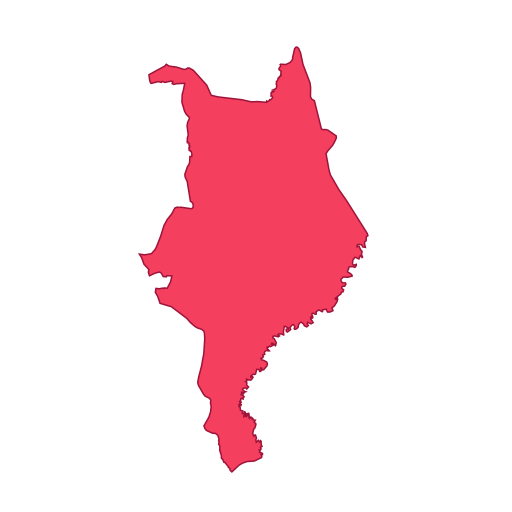 Uthumphon Phisai, Si Sa Ket, Thailand (Robinson projection), rotated 348°
{"feature_id": "78962969B73253531385029", "entity_name": "Uthumphon Phisai", "entity_type": "district", "adm_level": 2, "iso_a3": "THA", "parent_name": "Thailand", "parent_adm1": "Si Sa Ket", "projection": "robinson", "projection_center": [104.158, 15.11], "detail": "fine", "context": "isolated", "style": "filled", "palette": "rose", "viewbox_px": 512, "rotation_deg": 348, "n_neighbors": 0, "source": "geoboundaries", "source_scale": "gbopen_adm2", "svg_char_len": 6100}
<svg xmlns="http://www.w3.org/2000/svg" viewBox="0 0 512 512"><g transform="rotate(348 256 256)"><path d="M189.0,56.4L188.5,61.6L188.7,64.2L189.3,65.4L196.6,65.1L199.5,66.5L200.5,65.7L203.0,67.3L209.6,67.3L210.9,68.0L209.8,69.9L211.1,71.0L214.3,71.0L222.2,72.3L219.1,79.5L217.4,82.6L215.5,90.2L216.2,99.6L217.3,103.0L219.5,106.5L219.5,107.5L216.8,111.3L215.6,114.5L214.9,123.5L213.4,126.3L212.5,129.7L212.9,130.0L212.4,130.9L214.0,131.8L213.5,133.7L214.0,134.1L213.9,135.5L213.7,136.0L213.0,135.8L212.6,138.6L213.3,138.8L213.5,139.8L214.3,140.1L214.5,142.8L213.8,145.4L212.1,144.9L210.5,150.6L208.9,153.3L207.8,153.9L203.4,161.2L203.1,163.9L204.2,169.0L203.2,189.0L204.0,189.4L205.3,191.5L204.7,195.2L203.5,196.2L202.0,196.1L192.5,192.6L190.6,192.5L189.4,191.8L186.6,192.2L182.3,197.3L176.9,201.7L172.4,206.9L166.9,216.7L160.7,226.2L158.6,228.7L154.2,232.0L147.3,231.7L142.3,229.9L143.8,233.9L144.7,240.7L148.4,247.0L147.3,249.5L147.7,253.2L153.7,251.8L158.3,251.6L159.8,253.0L161.0,256.9L164.1,257.7L164.6,256.7L169.6,258.0L167.0,263.6L162.4,269.1L159.5,268.1L159.2,268.6L157.3,267.9L154.9,268.0L151.4,266.9L150.0,270.6L151.4,274.9L152.3,282.4L162.7,288.0L175.4,302.7L178.1,307.6L181.4,312.0L183.5,314.0L187.8,316.6L189.4,318.8L189.5,320.4L188.7,326.2L184.7,340.4L179.9,352.2L174.8,362.4L172.7,367.5L172.8,370.5L175.9,380.2L177.1,382.5L180.6,385.2L181.9,387.6L180.9,390.3L180.9,393.7L179.2,398.9L176.4,403.8L169.7,411.4L170.3,414.6L171.3,416.4L176.6,420.3L179.5,421.1L181.4,423.5L181.7,427.4L181.0,429.0L181.3,430.2L180.3,432.2L181.1,434.4L180.0,439.0L180.6,440.1L180.2,441.2L180.6,442.6L180.5,445.3L180.1,446.1L180.3,447.1L181.0,447.5L181.7,451.0L182.3,451.1L183.2,452.6L185.0,456.0L185.0,456.9L186.1,458.2L186.2,460.3L187.5,462.2L196.1,457.0L199.8,455.8L204.6,455.2L211.8,456.2L219.5,454.3L220.1,452.8L219.8,451.4L221.1,451.5L221.3,450.6L220.9,450.0L218.6,448.9L219.4,447.7L218.9,446.4L220.2,446.6L220.6,446.1L220.9,445.1L220.5,443.9L222.3,443.5L221.9,441.3L222.5,438.2L222.0,437.6L221.4,438.7L220.8,438.7L220.0,436.7L217.6,438.2L217.6,435.7L218.6,434.3L218.3,431.0L217.8,430.8L216.5,431.8L215.8,429.2L217.7,425.0L219.0,424.1L220.2,422.3L220.2,421.4L220.9,420.9L220.9,419.6L219.6,418.4L221.2,416.4L219.2,416.0L219.2,414.5L218.3,414.4L218.5,413.5L217.5,412.4L216.0,413.7L215.5,412.4L216.2,411.1L215.3,410.6L216.3,409.5L216.1,408.3L214.4,408.4L214.6,409.2L213.8,409.6L213.2,411.1L212.7,410.8L213.1,409.3L210.7,410.6L210.9,409.7L213.0,408.2L213.0,406.5L212.3,406.0L212.3,407.5L211.7,408.2L211.0,407.2L209.9,407.2L210.8,404.9L208.7,403.6L209.0,401.0L208.0,399.5L208.3,398.8L209.9,399.4L210.7,398.2L210.3,397.8L209.0,398.5L208.5,397.8L211.1,396.0L210.9,395.5L210.0,395.6L209.6,395.1L211.2,393.8L211.4,392.4L211.9,392.2L213.7,393.2L213.9,391.6L215.1,391.3L214.3,389.4L212.6,388.5L213.4,387.4L213.6,386.2L214.4,386.4L214.8,388.2L216.7,386.7L217.7,386.6L216.0,385.4L215.1,383.4L216.0,382.8L218.5,382.7L219.3,384.2L221.5,382.6L220.0,380.3L220.7,378.1L219.7,376.5L221.3,376.1L221.3,374.5L223.3,375.9L225.2,376.3L227.0,375.1L227.9,373.9L227.5,373.2L225.8,373.5L225.9,372.4L228.4,371.0L229.7,371.6L231.0,371.4L233.1,367.0L235.2,367.5L235.6,369.7L236.4,369.9L237.5,369.0L237.1,367.3L237.4,366.4L238.2,366.8L238.3,368.7L239.8,368.9L243.8,365.8L244.7,364.1L244.5,362.0L241.8,359.6L240.0,358.9L239.6,357.1L240.9,357.2L242.3,356.0L242.0,354.2L244.1,354.0L244.1,352.0L244.7,351.4L247.0,350.4L248.1,351.4L249.3,351.5L247.7,348.8L247.9,347.4L248.9,347.9L250.5,347.0L251.4,347.7L254.4,346.8L254.6,346.2L252.8,345.4L253.5,344.5L255.1,345.6L256.2,347.8L256.6,347.6L257.8,345.0L256.7,340.9L255.5,339.5L255.9,338.1L257.9,338.1L260.9,339.7L262.4,339.1L261.1,337.6L262.1,337.0L264.9,337.6L266.3,338.9L266.8,338.9L267.1,335.7L269.0,330.8L269.8,330.8L272.7,333.2L272.2,334.3L270.6,333.8L270.2,334.1L270.0,336.2L271.0,336.9L274.6,335.2L274.3,333.1L277.4,330.7L278.2,330.8L279.3,333.1L278.2,335.0L278.5,335.7L279.1,335.9L280.7,335.6L282.4,334.5L283.3,332.1L284.6,330.7L286.1,330.1L286.8,330.4L288.4,332.5L288.8,334.3L290.9,335.9L292.8,334.9L292.0,333.1L292.8,331.6L295.7,333.8L298.0,333.1L297.4,331.1L296.3,329.3L296.7,327.3L297.4,326.8L298.0,327.1L298.0,328.5L298.7,328.2L298.9,326.6L298.4,325.1L299.0,323.9L300.5,323.9L301.4,325.1L302.7,325.4L303.4,322.9L306.4,321.8L309.1,324.3L309.6,324.1L309.8,322.5L313.5,322.6L314.3,325.7L316.8,326.2L319.9,325.5L319.6,322.4L322.1,321.3L325.7,317.6L326.9,315.3L326.9,314.2L325.3,315.1L324.6,314.6L324.7,313.9L331.1,310.7L332.1,309.2L333.7,309.1L334.7,307.2L333.1,305.6L333.3,304.7L334.2,303.6L336.5,304.0L338.0,302.3L338.1,301.4L337.8,300.9L334.9,300.2L333.9,297.5L334.0,296.7L337.0,294.7L341.5,295.9L345.9,295.6L345.9,294.6L344.6,292.7L342.3,290.7L342.5,289.6L344.0,287.8L344.3,286.2L345.9,286.0L348.8,286.7L350.3,287.7L351.3,287.0L352.2,286.0L352.3,285.0L349.6,285.3L348.7,283.9L349.8,280.3L352.2,278.0L353.3,278.1L356.0,280.3L358.0,277.4L358.7,277.5L359.4,279.5L360.0,279.2L359.5,276.5L360.7,273.6L359.7,271.8L358.8,268.0L356.7,268.0L356.7,267.2L358.0,265.9L361.6,266.9L362.3,269.3L364.8,270.3L364.7,267.3L365.1,264.8L366.9,264.0L367.9,260.1L369.7,259.4L369.5,257.0L356.2,220.9L350.9,208.4L345.6,192.0L345.3,187.0L345.8,170.4L348.0,168.2L353.8,163.8L356.1,161.3L359.0,157.5L359.5,155.3L352.6,147.9L350.5,146.8L347.8,146.3L346.7,145.6L346.4,144.9L345.4,116.2L343.2,114.2L342.4,111.5L344.5,102.4L344.8,97.6L341.8,78.4L341.8,66.6L340.9,62.0L339.8,60.3L338.6,60.0L336.9,61.2L332.9,69.8L332.9,71.0L329.9,73.7L325.0,74.9L320.0,73.5L319.4,73.8L319.6,75.4L317.7,77.0L317.2,78.0L317.4,78.7L319.0,80.5L318.1,83.1L318.2,84.4L317.6,84.4L317.3,85.3L316.3,85.3L315.6,86.6L314.8,86.4L313.6,88.7L312.1,89.7L312.3,90.7L311.6,91.6L311.7,93.8L311.0,95.6L310.2,96.4L307.9,97.0L308.2,97.8L307.6,98.8L306.4,99.0L306.2,97.9L305.5,99.4L304.8,99.4L304.0,102.6L304.7,102.5L305.3,104.3L303.3,106.1L301.9,105.9L301.3,106.7L299.5,107.5L298.7,106.6L298.0,107.8L289.4,105.2L283.6,104.3L274.7,100.2L252.0,92.5L246.2,89.8L245.6,89.3L243.3,78.6L233.3,61.3L229.9,58.3L228.2,57.9L226.3,58.7L224.3,58.5L217.3,54.6L210.5,52.2L208.1,49.8L206.4,51.2L189.0,56.4Z" fill="#f43f5e" stroke="#9f1239" stroke-width="1.5"/></g></svg>